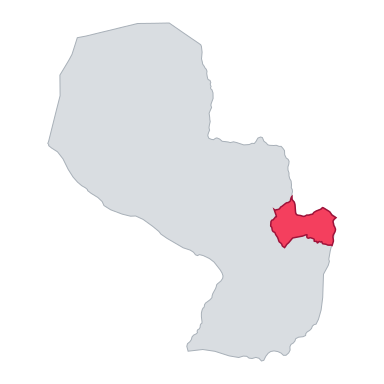 Canindeyú highlighted on a map of Paraguay
{"feature_id": "PRY-619", "entity_name": "Canindeyú", "entity_type": "Department", "adm_level": 1, "iso_a3": "PRY", "parent_name": "Paraguay", "parent_adm1": "", "projection": "natural_earth1", "projection_center": [-55.27, -24.157], "detail": "fine", "context": "in_parent", "style": "filled", "palette": "rose", "viewbox_px": 384, "rotation_deg": 0, "n_neighbors": 0, "source": "natural_earth", "source_scale": "10m", "svg_char_len": 5668}
<svg xmlns="http://www.w3.org/2000/svg" viewBox="0 0 384 384"><path d="M201.5,58.9L202.3,61.9L202.7,64.2L203.9,65.8L205.0,67.9L206.2,69.2L207.0,71.2L206.7,73.5L207.2,76.4L207.8,79.0L208.4,79.7L210.0,80.4L210.8,82.7L210.2,83.9L210.5,85.2L211.1,86.5L210.5,87.8L210.8,88.8L211.9,89.7L213.0,92.9L213.1,98.5L212.0,101.4L211.1,103.9L210.9,105.4L211.6,107.5L210.4,110.1L209.1,113.2L209.4,115.3L209.7,117.4L209.8,119.5L210.2,121.6L209.7,123.7L209.3,125.6L209.0,127.8L209.6,130.2L208.6,132.5L208.1,134.1L207.8,135.8L208.9,138.3L211.5,139.4L213.5,139.7L215.5,138.3L216.9,137.9L219.7,139.1L222.2,141.3L225.3,141.6L228.2,142.0L230.3,142.6L233.5,141.8L236.8,142.6L240.7,143.9L243.8,144.9L247.0,144.7L249.4,144.5L251.9,143.3L254.3,143.5L256.1,141.3L257.1,139.4L258.0,138.0L260.6,137.0L262.4,137.6L263.9,141.2L266.5,143.2L267.6,144.7L269.5,145.3L273.7,145.5L276.3,145.3L279.2,146.4L281.2,146.4L282.9,148.3L284.5,150.6L284.7,154.8L286.2,158.0L288.1,159.3L289.1,161.3L288.8,164.1L287.9,167.0L288.0,170.1L289.0,172.9L289.0,175.8L289.7,178.6L291.1,181.0L291.5,184.9L291.3,187.8L292.2,189.4L292.5,191.7L292.0,193.6L291.7,196.2L291.9,198.5L292.5,200.4L294.6,202.8L295.1,207.1L295.1,210.1L296.0,213.6L297.7,215.2L300.5,215.8L303.6,216.3L307.5,215.5L310.8,214.6L312.8,213.6L316.5,211.0L319.8,209.6L321.5,208.6L323.1,207.9L326.3,209.6L329.4,211.6L331.8,214.4L336.2,217.5L335.3,218.3L333.5,220.8L333.6,223.8L334.8,228.1L333.7,237.2L330.2,251.1L328.8,259.2L329.4,261.4L328.2,265.5L323.5,274.2L323.3,280.0L322.7,297.6L321.1,310.0L318.5,319.2L316.1,324.1L314.0,324.7L312.4,326.1L311.5,328.5L309.7,330.4L307.2,331.9L305.8,333.6L305.6,335.5L303.1,336.7L298.5,337.2L295.7,338.7L294.9,341.1L293.3,343.0L291.0,344.4L289.9,346.8L290.1,350.1L288.7,352.9L286.0,355.3L283.4,355.3L281.1,353.1L277.9,351.6L274.0,350.9L270.7,351.5L268.1,353.3L265.8,356.3L263.8,360.3L261.5,361.0L259.0,358.3L255.9,357.4L252.1,358.5L249.0,358.1L246.8,356.3L243.3,356.1L238.7,357.5L229.2,355.9L214.9,351.3L202.8,349.5L188.1,351.2L186.8,346.3L187.5,343.7L189.9,341.7L191.4,339.5L192.0,337.0L193.6,335.1L196.3,333.8L197.5,332.5L197.1,331.1L197.6,329.9L199.2,328.9L200.1,327.3L200.3,325.1L200.8,324.0L201.9,323.2L202.0,321.6L201.4,316.9L201.4,313.0L202.1,310.0L203.0,308.1L203.7,307.7L204.3,306.6L204.5,304.8L205.5,303.1L210.2,299.6L211.9,297.7L212.1,295.9L212.8,293.6L215.6,288.5L216.4,286.2L216.5,285.0L217.5,283.8L220.9,281.0L222.7,278.3L223.0,275.9L222.1,273.1L220.2,269.9L214.1,262.1L209.4,258.5L203.3,255.6L199.4,254.6L197.5,255.6L195.5,254.8L193.5,252.2L190.2,250.1L183.2,247.8L167.4,238.6L161.0,234.2L158.8,231.4L152.9,226.5L143.1,219.4L135.7,216.0L130.5,216.2L122.1,214.1L110.7,209.8L104.0,205.6L102.2,201.6L97.9,197.5L91.2,193.4L87.7,190.7L87.4,189.5L85.4,187.8L81.7,185.7L77.6,182.2L73.1,177.1L68.2,169.4L63.0,158.9L57.5,151.8L51.7,148.1L48.7,145.7L48.7,144.5L47.8,143.4L48.6,141.4L50.6,133.4L53.5,121.8L56.5,109.8L60.1,95.7L60.0,85.7L59.9,75.1L65.1,66.5L68.8,60.3L72.0,54.4L75.2,44.4L77.3,37.7L85.8,36.1L100.1,32.6L107.2,30.9L122.3,27.2L137.6,23.5L153.7,23.3L169.2,23.0L181.3,31.4L190.5,37.7L200.7,44.7L201.4,46.3L202.1,52.1L201.5,58.9Z" fill="#d9dde1" stroke="#a8b0b8" stroke-width="1"/><path d="M292.0,196.4L292.0,196.5L292.0,198.0L292.1,199.4L292.8,200.4L294.3,202.2L295.0,204.8L295.6,212.7L295.9,213.7L296.7,214.7L297.7,215.2L299.9,215.4L300.9,215.6L302.2,216.1L303.4,216.4L304.6,216.3L305.8,215.6L306.6,215.1L308.8,215.1L309.9,214.8L310.4,214.5L311.6,214.4L312.2,214.3L312.8,214.0L313.5,212.9L313.9,212.4L316.2,211.0L320.6,209.3L321.2,208.9L322.1,207.9L322.6,207.6L323.5,207.9L329.3,211.5L330.0,212.1L331.9,215.0L335.1,217.1L336.0,217.7L335.3,218.3L334.1,219.3L333.3,220.4L333.0,221.7L333.1,222.3L333.5,223.6L333.7,225.2L333.9,225.7L334.7,226.9L335.0,227.8L335.5,229.1L335.4,230.3L335.1,231.5L334.7,232.4L333.4,234.6L333.0,235.9L332.9,237.2L333.4,240.0L333.4,241.3L332.1,245.5L331.3,245.1L330.8,245.1L330.0,245.1L329.2,245.2L328.3,245.1L327.5,245.0L326.6,244.5L325.6,244.2L323.0,243.8L322.6,243.6L322.4,243.3L322.2,243.0L321.9,242.0L321.7,241.8L321.6,241.7L321.3,241.8L320.8,241.9L320.5,242.0L320.3,241.9L320.0,241.8L319.6,241.6L319.3,241.5L318.9,241.6L318.7,241.8L318.3,242.3L318.1,242.5L317.9,242.7L317.8,242.8L317.6,242.9L317.4,242.9L317.2,242.8L317.0,242.5L317.0,242.2L317.1,241.9L316.9,241.6L316.7,241.5L316.2,241.4L314.9,241.4L314.6,241.3L314.4,241.2L314.1,241.0L314.1,240.7L314.2,240.3L314.2,240.1L314.2,239.8L314.2,239.4L313.8,239.0L313.1,238.6L310.5,237.7L310.2,237.7L309.7,237.8L308.9,238.1L308.5,238.2L308.0,238.1L307.5,237.9L307.0,237.4L306.9,236.9L306.8,236.4L307.0,234.9L306.3,234.7L302.5,236.1L293.5,237.8L292.8,238.0L292.4,238.3L288.7,242.7L287.0,244.2L286.5,244.8L285.5,246.4L284.6,247.6L282.8,246.4L282.5,246.1L282.2,245.7L282.0,245.1L281.7,244.1L281.0,243.4L280.5,242.8L279.5,242.1L279.1,241.6L278.7,240.7L278.2,239.0L277.5,237.3L275.7,234.6L275.0,232.8L274.8,232.5L274.6,232.3L274.3,232.2L273.7,231.9L273.4,231.8L273.1,231.5L272.8,231.2L272.6,230.9L272.4,230.5L272.2,230.0L272.1,229.4L271.9,228.1L271.8,227.6L271.7,227.2L270.8,226.3L270.7,225.8L270.7,225.0L270.9,223.1L270.9,222.2L271.0,221.5L271.1,221.3L271.8,220.3L271.9,220.2L272.1,220.1L273.1,219.8L273.3,219.7L273.8,219.0L274.6,218.1L275.0,217.5L275.5,216.9L275.8,216.8L276.0,216.8L276.3,216.8L276.4,216.5L276.2,215.6L274.1,209.4L274.5,209.7L275.0,210.0L275.4,210.1L275.6,210.0L275.8,210.0L276.1,209.8L276.3,209.7L277.5,209.6L278.4,209.3L279.3,208.9L279.6,208.7L279.8,208.4L280.3,207.5L280.6,207.1L282.1,206.2L285.6,203.4L286.4,202.9L286.9,202.7L287.8,202.6L288.1,202.6L288.4,202.4L289.8,201.5L290.2,201.1L290.4,200.7L290.7,199.1L291.3,197.3L291.7,196.7L292.0,196.4L292.0,196.4Z" fill="#f43f5e" stroke="#9f1239" stroke-width="1.5"/></svg>